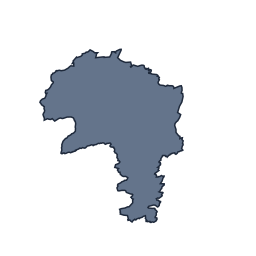 the district of Birr Lea-6, Offaly, Ireland, rotated 321°
{"feature_id": "5873133B95472927677681", "entity_name": "Birr Lea-6", "entity_type": "district", "adm_level": 2, "iso_a3": "IRL", "parent_name": "Ireland", "parent_adm1": "Offaly", "projection": "robinson", "projection_center": [-7.878, 53.106], "detail": "fine", "context": "isolated", "style": "filled", "palette": "slate", "viewbox_px": 256, "rotation_deg": 321, "n_neighbors": 0, "source": "geoboundaries", "source_scale": "gbopen_adm2", "svg_char_len": 5765}
<svg xmlns="http://www.w3.org/2000/svg" viewBox="0 0 256 256"><g transform="rotate(321 128 128)"><path d="M156.7,179.7L156.7,177.8L158.9,176.2L160.2,175.8L160.8,174.8L160.6,174.4L160.8,174.1L162.8,172.7L162.6,171.0L164.1,169.8L163.0,169.2L161.6,168.9L163.1,167.2L162.5,166.0L162.5,161.7L164.4,159.3L165.8,155.5L167.4,154.1L169.8,153.6L171.1,153.7L174.8,152.3L177.4,150.7L176.3,147.2L181.7,143.5L186.2,141.7L190.6,138.2L192.2,135.6L191.3,134.7L192.1,133.7L193.6,132.9L195.4,130.5L196.0,128.7L194.6,127.9L188.6,126.1L189.3,125.2L189.3,123.5L188.0,122.1L187.1,121.6L185.9,120.0L185.6,120.1L185.4,119.5L184.2,119.5L183.5,119.3L182.4,117.3L180.0,114.9L179.5,113.4L179.8,112.7L179.7,111.9L180.6,111.1L182.6,110.3L182.9,110.0L182.6,109.4L182.7,109.1L184.2,108.4L183.8,106.7L183.4,106.3L184.3,106.0L183.9,104.5L180.6,101.2L180.3,100.5L178.6,98.5L178.9,98.0L179.6,98.1L180.4,98.9L181.3,98.7L182.5,97.7L182.3,96.9L181.8,96.5L180.3,96.6L180.3,95.7L181.1,95.5L181.5,94.5L179.7,93.9L179.3,94.0L178.8,93.3L179.4,92.9L178.8,92.2L178.8,91.4L179.7,89.8L179.6,89.2L178.4,87.9L176.5,87.0L174.4,86.3L171.8,82.4L171.0,82.2L170.2,82.5L168.5,82.5L168.4,82.1L167.9,81.9L170.0,82.0L171.5,78.4L167.5,75.6L166.5,74.2L164.7,70.7L164.2,66.8L171.6,63.2L172.2,62.6L171.2,61.8L167.6,60.9L166.5,60.9L165.7,61.8L165.3,60.9L165.5,60.2L163.5,58.6L162.8,58.9L161.9,59.8L158.5,61.3L154.0,58.2L154.3,57.9L153.6,57.2L147.1,53.0L149.2,51.5L150.0,50.6L151.7,50.4L149.4,48.5L149.2,46.9L147.7,43.4L145.2,43.7L143.8,43.3L143.3,42.7L141.8,42.9L139.1,41.6L138.1,42.6L136.3,42.6L132.6,41.1L132.6,40.5L127.5,41.4L127.3,42.1L125.3,42.8L126.6,43.5L124.8,45.8L122.7,43.7L121.2,43.6L119.2,43.8L115.0,43.1L112.1,41.4L111.1,40.0L109.5,39.1L109.0,39.1L108.6,38.4L107.9,38.3L107.8,38.6L106.8,38.8L105.1,38.7L103.9,38.1L103.2,38.7L101.9,38.5L100.2,39.9L98.4,42.7L98.6,43.3L98.4,44.0L99.0,44.8L98.9,45.3L98.4,45.8L95.6,46.3L93.7,47.3L91.5,47.8L89.5,47.8L87.7,47.0L86.0,48.4L85.8,49.4L86.8,50.0L85.4,50.5L84.1,51.6L82.0,52.5L79.6,51.6L77.1,51.8L75.9,52.5L75.6,52.8L75.8,54.0L75.4,55.6L76.1,57.1L75.9,57.7L76.4,58.7L74.9,60.1L74.3,61.9L72.8,63.1L71.7,63.3L70.4,64.1L69.5,66.4L69.6,66.8L68.8,68.2L67.8,69.2L71.3,70.1L72.1,71.5L73.4,72.8L75.0,73.0L75.4,76.5L80.4,77.1L81.9,77.8L82.7,79.1L83.3,79.6L87.6,81.2L90.8,83.7L91.9,85.8L91.6,87.2L91.2,87.8L91.4,88.5L91.0,88.9L91.1,89.8L90.0,91.8L87.5,94.1L87.1,95.1L85.0,97.4L82.4,97.7L80.4,97.0L79.7,97.3L77.4,97.0L76.6,96.6L74.7,97.2L73.8,97.3L72.9,96.8L69.2,97.4L66.1,99.3L65.0,100.8L64.0,101.4L62.7,103.5L60.6,104.9L60.0,105.5L60.2,106.1L60.7,106.6L61.9,106.5L62.3,107.3L62.7,107.4L62.6,107.9L63.6,108.6L66.1,109.2L67.3,110.1L67.9,111.2L69.5,111.4L69.6,111.7L70.5,111.7L70.7,112.1L71.4,112.2L72.2,112.7L72.7,112.4L72.8,112.7L73.7,112.8L73.9,112.4L76.2,113.2L77.5,113.2L77.5,113.5L78.4,113.8L78.9,114.5L80.5,114.7L81.1,115.8L81.7,116.4L82.3,116.4L82.5,116.7L85.0,116.4L87.3,117.6L89.0,118.0L89.8,119.1L90.2,119.3L90.0,119.8L91.8,120.1L92.6,120.8L95.2,121.2L96.2,122.3L97.1,122.4L97.7,123.1L99.2,123.7L99.9,124.7L99.9,125.7L100.4,126.6L102.1,126.7L102.4,127.2L104.5,128.3L104.8,128.9L104.6,130.0L103.2,130.2L102.5,131.0L102.8,132.0L104.7,133.9L104.3,134.5L104.6,135.2L104.2,136.1L103.4,137.1L102.5,137.6L102.6,138.7L102.3,139.1L102.9,140.2L102.9,142.0L101.9,142.8L101.6,143.5L101.0,143.7L100.7,144.3L100.8,145.3L100.6,146.1L99.6,146.9L100.4,147.7L100.2,148.0L100.4,148.6L100.2,148.9L100.3,149.3L98.4,149.7L95.3,148.7L92.9,150.3L93.7,151.1L93.8,151.7L95.1,153.5L93.9,153.7L93.3,154.1L93.3,155.2L92.9,156.2L93.2,157.0L93.9,157.3L92.9,159.2L93.1,159.3L93.1,160.9L93.8,162.7L95.8,164.2L96.6,166.5L95.5,167.2L93.9,167.6L92.2,166.4L91.4,166.7L89.4,165.9L87.8,166.0L84.9,165.3L83.9,165.8L83.7,166.8L81.7,167.6L80.7,170.2L80.7,170.5L81.7,171.4L84.0,172.6L86.3,174.5L86.7,175.3L86.2,177.0L88.5,180.9L89.7,182.2L89.7,182.9L88.5,183.6L87.5,183.4L86.7,183.7L86.9,184.0L86.6,185.2L87.2,186.4L86.8,186.4L86.7,186.8L86.1,187.1L84.6,189.1L79.3,189.9L78.0,189.0L75.3,188.3L72.1,186.5L70.3,185.9L69.9,187.4L69.4,188.2L68.9,188.3L68.8,189.2L67.8,190.0L69.9,193.1L72.5,195.7L71.1,198.8L70.3,198.9L69.9,199.8L71.5,200.6L71.5,201.9L72.0,203.6L74.2,203.0L74.5,203.3L75.9,203.2L76.2,204.4L77.8,204.2L79.7,204.9L79.7,205.5L80.9,205.5L82.9,206.3L84.3,206.3L86.3,207.1L85.3,208.7L84.6,209.1L84.4,212.1L83.4,211.6L83.3,212.0L83.9,212.3L84.0,212.9L86.1,214.3L86.0,214.5L86.3,214.7L85.9,215.3L86.4,215.9L87.8,216.2L88.7,217.5L91.4,217.9L92.3,217.5L92.0,217.4L92.6,217.1L93.1,217.0L93.8,216.0L92.7,214.8L93.2,214.2L95.3,213.4L96.6,211.6L97.9,211.5L98.1,210.1L97.7,208.3L98.2,207.6L97.9,206.9L96.2,205.7L93.5,203.0L93.5,202.3L94.8,201.9L99.5,204.0L100.6,205.2L101.2,207.8L101.4,208.1L103.4,207.9L104.8,206.6L106.4,206.1L106.1,205.8L106.9,205.4L106.2,204.5L106.3,204.2L106.0,203.7L106.1,203.0L105.1,202.3L105.6,201.2L105.5,200.9L106.9,201.0L107.9,202.1L111.4,202.3L112.1,201.9L112.0,201.0L112.9,200.6L113.7,200.7L114.5,200.2L114.4,199.8L112.6,198.3L112.0,197.2L112.5,197.3L115.3,196.2L116.0,196.3L117.4,195.1L118.5,195.2L119.4,194.8L120.2,195.1L121.0,194.2L118.1,191.6L121.0,190.7L123.7,188.9L125.4,188.5L125.8,188.0L124.7,187.4L124.0,185.9L122.3,185.8L121.4,185.1L120.5,185.0L119.2,183.9L120.0,183.5L120.2,182.9L120.1,182.4L120.5,181.8L119.7,180.5L120.1,180.2L125.3,180.5L125.2,179.6L125.4,179.2L126.7,178.7L127.4,177.9L126.6,177.3L130.1,177.0L130.5,176.6L130.4,176.2L131.0,176.0L131.3,175.2L130.5,174.4L130.7,173.8L132.4,173.5L133.4,173.7L134.2,172.5L136.8,171.7L137.1,171.3L138.0,171.3L138.4,172.0L139.5,172.6L139.4,173.8L140.0,173.9L140.2,174.4L140.1,175.3L142.6,174.9L143.8,175.3L144.5,174.9L144.9,175.2L145.7,175.2L145.8,175.5L146.5,175.5L148.7,176.7L148.3,177.6L148.7,178.6L150.4,178.6L152.0,178.0L153.1,178.7L154.7,178.9L155.3,179.5L156.7,179.7Z" fill="#64748b" stroke="#1e293b" stroke-width="1.5"/></g></svg>